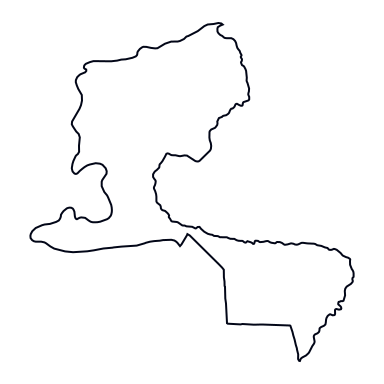 outline of Chicamán, Quiché, Guatemala
{"feature_id": "79465075B15638381256287", "entity_name": "Chicamán", "entity_type": "district", "adm_level": 2, "iso_a3": "GTM", "parent_name": "Guatemala", "parent_adm1": "Quiché", "projection": "orthographic", "projection_center": [-90.638, 15.4], "detail": "fine", "context": "isolated", "style": "outline", "palette": "ink", "viewbox_px": 384, "rotation_deg": 0, "n_neighbors": 0, "source": "geoboundaries", "source_scale": "gbopen_adm2", "svg_char_len": 5936}
<svg xmlns="http://www.w3.org/2000/svg" viewBox="0 0 384 384"><path d="M222.7,24.6L221.4,23.5L218.4,23.0L213.6,24.0L207.7,24.5L204.3,26.1L197.8,31.1L188.3,36.0L186.9,36.4L186.3,36.7L184.0,39.0L179.9,41.0L177.8,41.5L171.2,41.6L165.0,43.7L157.5,48.2L155.2,48.4L151.0,47.9L146.4,46.9L143.4,46.8L142.3,47.2L139.9,48.9L137.8,51.5L137.4,52.6L137.3,54.0L137.0,55.1L136.5,55.7L135.8,56.4L132.4,57.8L125.7,59.3L121.3,59.6L117.2,60.6L111.0,61.3L93.5,61.1L89.9,62.1L85.9,63.8L84.7,64.9L84.1,66.0L83.9,67.8L84.6,68.7L86.2,69.5L86.3,70.9L85.2,72.3L80.4,74.3L79.0,75.4L77.2,77.2L75.9,80.1L75.8,82.2L76.8,85.4L78.3,89.0L81.8,95.0L82.0,100.6L81.0,105.2L79.5,108.8L72.1,121.5L71.8,124.3L72.8,126.3L76.2,131.5L78.7,134.0L79.8,137.4L79.0,145.7L79.1,151.8L77.9,154.0L76.3,155.3L75.6,156.2L73.4,161.0L72.5,163.9L71.8,168.2L72.1,169.7L72.6,171.5L74.3,173.4L75.3,173.9L76.6,173.8L77.6,173.2L79.7,171.0L82.2,168.9L84.5,167.1L87.3,165.4L89.9,164.5L95.7,163.2L100.0,163.7L102.5,164.8L105.7,168.3L106.7,171.2L106.5,173.8L102.3,180.0L101.7,181.7L101.7,186.2L104.3,192.0L107.1,195.4L108.1,197.4L111.2,204.9L111.7,207.5L111.9,210.0L111.8,212.0L111.3,214.4L110.7,215.8L108.8,218.1L107.1,219.2L100.2,221.7L97.4,222.2L94.3,222.3L92.4,222.2L90.6,221.7L88.5,220.4L85.2,217.9L83.9,217.7L81.2,217.4L79.5,217.8L76.9,219.2L76.1,218.9L75.4,218.0L74.9,216.5L74.4,211.7L73.5,209.6L72.8,208.6L71.4,207.8L69.8,207.6L68.1,207.9L66.8,208.4L63.6,211.0L62.2,212.8L61.0,214.7L60.8,216.7L60.1,218.6L58.8,220.5L56.2,221.9L50.0,223.9L44.6,224.5L42.1,225.2L35.7,228.0L32.3,231.2L30.8,234.0L30.4,235.8L30.6,238.1L32.1,240.1L33.8,241.2L35.8,241.7L41.3,241.7L44.5,242.4L46.1,243.3L50.3,246.4L54.2,248.6L65.1,251.4L73.1,252.2L87.3,251.3L94.0,250.3L103.4,248.5L112.3,247.7L113.8,247.4L121.5,246.6L136.7,245.6L144.7,243.3L145.8,242.8L150.0,241.7L154.1,241.1L159.7,240.7L163.0,240.1L171.3,239.8L174.4,240.5L176.1,241.6L177.4,242.8L180.0,246.1L181.5,244.4L187.0,235.2L187.4,234.1L189.8,235.5L219.1,264.5L222.1,267.6L223.8,269.7L223.9,277.3L224.5,281.5L224.6,286.0L225.0,286.6L225.3,298.5L226.0,303.5L227.0,323.2L227.8,323.7L240.5,324.4L242.5,324.0L254.0,324.7L261.8,324.5L290.0,325.5L290.4,325.8L292.5,332.0L293.3,335.4L294.6,339.6L295.8,344.9L296.9,348.4L296.9,349.1L298.2,354.4L298.1,358.7L298.2,359.3L299.2,360.9L299.9,361.0L300.7,358.9L301.2,358.3L302.4,357.4L306.0,355.5L308.5,353.2L309.2,352.2L312.3,346.1L313.9,343.8L314.4,342.7L314.6,341.7L314.5,340.9L313.8,337.2L313.8,336.2L314.1,335.4L315.0,334.4L317.5,333.3L319.0,331.9L319.4,330.7L319.6,328.4L320.0,327.9L321.2,327.0L323.9,325.8L325.4,324.5L325.8,322.6L326.1,319.5L326.5,318.0L327.7,315.9L329.6,314.4L330.3,314.3L332.7,315.3L334.3,315.1L334.7,314.9L335.1,313.9L335.0,310.2L335.2,309.6L335.7,309.2L336.4,309.0L338.7,309.6L339.4,309.6L341.0,309.2L341.3,308.5L341.1,307.2L340.5,306.3L338.3,304.4L338.2,303.8L338.4,302.6L338.7,301.9L339.7,301.7L340.9,301.1L342.7,301.1L343.5,300.7L345.1,295.4L344.8,291.0L345.3,288.6L346.7,286.6L350.9,283.9L352.4,282.2L352.7,281.6L352.8,280.9L352.4,279.5L352.4,278.8L352.6,277.9L353.5,277.0L353.6,276.5L353.6,273.3L353.3,271.6L352.6,270.2L351.8,269.1L350.1,264.8L350.0,261.1L350.2,259.4L349.8,258.8L348.1,257.7L346.0,257.1L343.0,255.7L342.4,255.2L340.6,253.0L336.7,249.8L334.7,249.0L333.8,248.9L331.7,249.8L329.9,249.9L328.9,249.6L327.5,248.0L324.9,247.4L321.3,245.9L317.2,245.2L315.2,244.0L313.9,243.7L307.4,243.4L302.9,242.8L301.4,242.9L298.4,244.3L296.9,244.7L295.0,244.5L293.6,243.8L291.6,243.4L290.9,243.4L287.6,244.4L284.9,244.8L284.1,244.5L281.9,242.9L279.9,242.1L277.1,242.0L276.6,242.2L275.6,243.1L274.9,243.3L271.7,242.8L270.3,242.4L268.1,241.1L267.2,241.0L265.8,241.2L263.5,241.8L260.3,242.1L259.6,242.0L258.0,240.9L255.9,240.7L255.3,240.8L254.8,241.3L254.6,242.3L254.2,243.5L253.8,243.9L253.1,243.9L252.2,243.0L250.9,242.3L247.4,241.2L245.8,242.6L245.2,242.6L244.2,242.2L243.0,241.2L242.3,240.9L238.8,240.8L237.2,240.4L236.4,240.1L234.4,238.9L230.4,238.8L228.2,238.0L227.4,237.5L226.7,237.3L219.9,237.2L218.3,236.3L217.5,236.1L214.0,235.9L212.3,234.8L210.3,234.5L207.8,233.8L204.2,231.7L201.0,228.8L199.5,226.9L197.7,227.0L195.9,228.4L195.3,228.4L192.2,226.8L187.3,226.4L186.3,226.3L185.3,225.8L184.4,225.5L182.8,225.5L182.1,225.3L178.0,222.4L176.9,222.0L172.1,221.5L171.3,221.0L169.9,218.5L168.9,217.4L168.8,216.9L169.1,215.4L168.5,214.3L167.5,213.1L165.3,211.1L164.7,210.8L162.5,210.2L161.8,209.7L161.1,208.8L160.9,208.2L160.7,206.4L160.2,205.2L157.2,202.8L156.8,202.3L156.4,201.3L156.4,196.7L156.1,194.2L155.2,191.2L154.0,188.6L153.9,187.9L154.1,186.9L155.0,185.0L155.5,183.1L155.7,181.1L155.2,180.0L154.2,178.8L153.1,177.0L153.1,174.3L154.4,172.1L155.2,171.2L156.8,170.0L159.1,167.7L159.3,167.2L159.5,165.0L159.8,164.2L160.9,163.1L162.4,161.2L164.8,157.0L166.4,153.8L167.5,153.4L168.1,153.5L169.1,153.8L170.7,154.8L171.9,155.2L175.6,155.3L179.1,156.1L180.2,156.2L184.5,155.4L187.0,155.6L195.1,160.9L196.1,161.3L197.9,161.5L198.7,161.3L199.6,160.8L209.0,151.6L210.1,150.5L210.9,148.8L211.2,145.9L210.8,143.1L209.8,140.4L209.4,137.6L209.5,132.0L209.8,131.1L211.2,129.5L214.9,127.9L215.6,127.2L217.2,125.0L217.5,123.4L217.3,121.5L218.9,118.1L222.0,116.9L222.4,116.4L223.3,115.8L226.2,115.2L228.1,113.9L229.1,112.8L229.8,110.9L230.6,109.4L231.3,108.7L232.6,108.5L233.8,107.5L234.5,106.7L235.5,104.4L236.2,103.9L237.0,103.8L239.3,105.1L241.1,105.8L242.3,105.6L242.7,104.9L242.7,104.0L243.1,102.6L243.5,102.1L248.0,100.6L248.6,100.3L249.2,99.4L249.2,96.9L248.3,94.7L248.3,94.0L248.4,93.2L248.9,91.5L249.1,88.5L247.5,83.0L246.8,81.5L246.6,80.5L246.8,77.7L246.1,70.9L245.5,69.2L244.3,66.9L243.6,66.0L242.1,65.2L241.3,63.5L241.0,62.2L241.8,60.9L242.0,59.6L241.9,59.0L240.9,57.5L240.8,56.7L241.5,55.5L241.4,54.8L240.4,53.1L239.6,50.8L238.3,49.3L237.3,47.8L236.6,45.5L236.1,43.1L235.7,42.2L235.1,41.0L233.4,39.2L231.3,38.2L226.8,38.2L225.0,38.0L224.1,37.6L222.2,35.9L220.3,35.0L218.5,33.3L217.5,31.6L217.4,28.8L217.8,27.2L220.3,25.6L222.7,24.6Z" fill="none" stroke="#020617" stroke-width="2"/></svg>